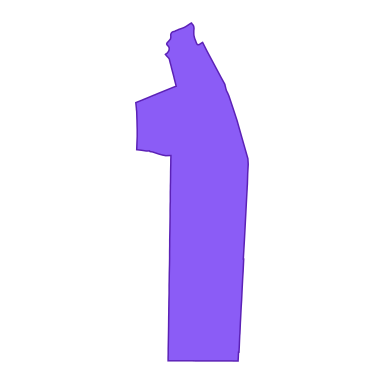 the district of Suditi, Ialomita, Romania
{"feature_id": "2599482B50390168033912", "entity_name": "Suditi", "entity_type": "district", "adm_level": 2, "iso_a3": "ROU", "parent_name": "Romania", "parent_adm1": "Ialomita", "projection": "mercator", "projection_center": [27.583, 44.543], "detail": "fine", "context": "isolated", "style": "filled", "palette": "violet", "viewbox_px": 384, "rotation_deg": 0, "n_neighbors": 0, "source": "geoboundaries", "source_scale": "gbopen_adm2", "svg_char_len": 2957}
<svg xmlns="http://www.w3.org/2000/svg" viewBox="0 0 384 384"><path d="M238.1,361.0L238.1,360.8L238.1,360.0L238.2,359.3L238.2,359.2L238.3,357.3L238.4,354.6L238.5,352.9L238.5,352.2L238.9,352.2L239.0,352.2L239.3,346.0L239.5,341.0L239.7,336.4L239.7,335.9L239.9,333.7L240.0,331.6L240.1,329.3L240.4,322.4L240.6,318.8L240.9,312.7L241.2,306.7L241.6,300.6L242.2,287.8L242.7,278.1L243.1,271.6L243.7,259.1L243.3,259.1L244.4,240.4L246.3,204.1L246.5,200.2L246.9,192.6L247.1,189.3L247.2,186.9L247.4,184.1L247.7,173.6L248.2,164.7L248.2,164.0L247.9,158.8L247.9,158.7L241.7,137.0L237.1,120.7L233.3,109.1L228.9,95.9L227.7,93.1L226.5,90.8L226.3,90.1L226.0,89.2L224.9,84.7L224.9,84.4L220.5,76.4L220.2,75.8L207.0,51.1L202.6,42.4L202.2,42.6L199.6,44.3L199.1,44.6L198.7,44.7L198.1,44.7L197.5,44.6L197.2,44.3L196.7,43.6L196.3,42.7L195.7,41.0L194.7,38.5L194.6,38.2L194.1,36.1L193.9,35.3L193.8,33.9L193.8,32.1L193.8,30.6L193.9,29.8L194.0,28.5L193.8,26.8L193.5,25.8L192.9,24.8L192.1,24.0L191.5,23.0L190.8,23.3L189.7,24.0L186.1,26.4L185.2,26.9L184.3,27.4L183.1,27.9L181.2,28.6L180.3,28.9L179.0,29.3L178.2,29.7L176.9,30.3L176.2,30.5L175.4,30.9L174.8,31.3L174.1,31.5L173.3,31.6L172.6,31.9L172.0,32.3L171.5,32.8L171.1,33.5L170.8,34.3L170.7,35.1L170.8,36.0L170.8,36.7L170.8,37.4L170.6,38.2L170.5,38.8L170.4,39.2L169.9,39.7L169.2,40.5L168.7,41.1L168.0,41.9L167.6,42.2L167.1,42.9L166.8,43.4L166.7,44.2L167.2,45.1L167.9,45.8L168.6,46.7L169.1,47.6L169.2,48.5L169.1,49.6L168.8,50.8L168.0,52.0L167.2,53.1L166.1,53.8L165.4,54.4L166.7,56.0L168.5,57.9L169.0,58.5L169.3,59.1L170.2,62.8L170.7,64.6L171.2,66.5L171.4,67.5L171.8,69.0L173.2,74.3L173.9,77.0L174.1,78.0L174.8,80.8L175.4,83.1L175.9,85.1L176.2,86.2L174.0,87.0L156.0,94.3L155.3,94.7L154.3,95.0L147.4,97.9L135.8,102.6L136.4,108.5L136.4,109.0L136.7,111.6L136.8,115.1L136.9,118.5L137.0,120.8L137.1,126.0L137.2,129.9L137.2,130.9L137.2,131.0L137.2,134.2L137.2,136.6L136.7,149.7L140.3,150.1L141.0,150.2L143.8,150.6L144.4,150.7L145.7,150.9L146.1,151.0L147.5,151.0L149.4,150.9L150.1,151.6L152.4,151.9L159.0,154.1L162.7,155.1L164.8,155.5L165.8,155.7L168.1,155.6L170.9,155.5L170.9,157.6L170.8,159.6L170.8,162.9L170.6,171.8L170.6,174.3L170.5,182.4L170.4,185.7L170.4,186.8L170.4,188.3L170.3,191.9L170.3,196.4L170.3,198.9L170.3,201.4L170.2,204.1L170.1,210.7L170.1,213.3L170.1,217.0L170.0,223.4L169.9,230.9L169.7,240.1L169.7,246.1L169.6,251.5L169.6,256.0L169.6,258.2L169.5,264.9L169.3,273.1L169.2,281.2L169.1,285.1L169.1,286.9L169.1,290.6L169.1,293.7L169.0,297.5L168.9,302.5L168.9,304.2L168.8,309.0L168.8,312.3L168.7,317.0L168.6,326.2L168.5,332.8L168.3,344.0L168.2,348.8L168.2,353.8L168.1,357.8L168.1,359.2L168.1,360.8L173.2,360.8L177.0,360.8L181.9,360.8L185.0,360.8L189.4,360.8L192.4,360.8L195.3,360.9L202.1,360.9L204.4,360.9L208.1,360.9L212.9,360.9L215.0,360.9L216.7,360.9L218.1,360.9L219.4,360.9L222.3,360.9L224.7,360.9L225.9,360.9L228.6,360.9L231.2,360.9L234.1,361.0L235.0,361.0L238.1,361.0Z" fill="#8b5cf6" stroke="#5b21b6" stroke-width="1.5"/></svg>